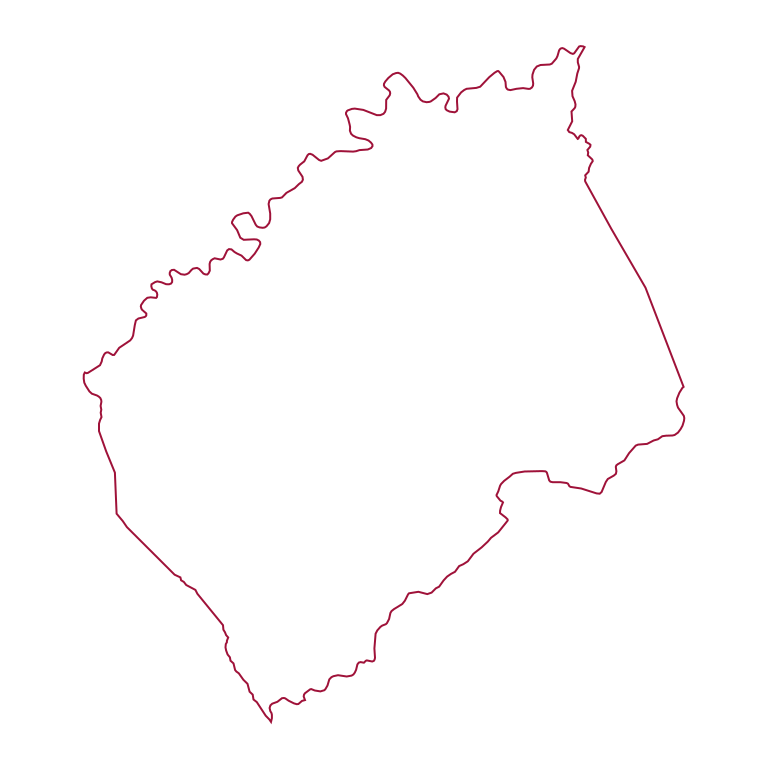 outline of Tocoa, Colón, Honduras
{"feature_id": "27666195B94157421146472", "entity_name": "Tocoa", "entity_type": "district", "adm_level": 2, "iso_a3": "HND", "parent_name": "Honduras", "parent_adm1": "Colón", "projection": "mercator", "projection_center": [-85.973, 15.578], "detail": "fine", "context": "isolated", "style": "outline", "palette": "rose", "viewbox_px": 768, "rotation_deg": 0, "n_neighbors": 0, "source": "geoboundaries", "source_scale": "gbopen_adm2", "svg_char_len": 6035}
<svg xmlns="http://www.w3.org/2000/svg" viewBox="0 0 768 768"><path d="M157.3,294.7L156.9,297.1L156.1,297.9L150.7,297.3L147.3,297.8L144.0,300.7L141.1,305.0L140.8,306.4L141.4,308.7L142.2,309.9L146.3,313.5L146.3,315.3L145.8,316.2L144.7,317.0L138.4,318.5L135.9,320.4L134.8,325.1L133.1,335.6L132.0,338.1L130.2,340.4L119.2,347.8L114.2,354.9L112.7,355.0L108.3,352.4L106.9,352.4L105.4,353.0L104.1,354.5L102.3,358.4L101.7,361.5L100.0,365.2L87.9,372.9L86.6,373.2L84.8,372.5L83.8,374.7L83.7,378.7L84.3,382.7L85.8,385.8L89.4,391.4L91.9,393.7L97.0,395.5L98.8,396.6L100.3,398.0L101.2,400.0L101.4,401.8L100.6,405.9L101.3,409.7L100.7,412.7L101.5,417.1L100.1,420.0L99.0,423.6L99.0,431.1L106.2,451.4L114.9,472.6L116.6,513.7L122.8,521.1L126.9,527.1L174.6,574.7L180.4,577.4L181.1,580.3L183.8,581.9L186.2,585.0L195.4,589.9L197.4,593.8L223.0,625.2L223.4,629.7L225.0,632.3L226.1,635.1L228.2,637.5L226.9,640.8L226.9,642.2L225.8,644.1L225.5,647.4L226.1,650.4L227.6,654.5L229.9,657.3L230.5,660.7L233.5,663.4L235.1,670.0L236.3,671.5L238.8,673.3L243.4,679.8L247.5,683.8L249.6,691.7L252.7,694.6L253.5,699.5L256.8,702.1L265.7,715.7L269.4,719.5L271.0,721.9L271.9,718.2L271.9,714.9L271.5,713.1L270.3,711.1L269.6,708.0L270.4,705.4L272.2,703.7L277.4,701.8L282.0,698.2L284.0,698.0L285.3,698.4L288.6,700.7L294.0,703.4L296.8,704.2L298.4,704.0L302.0,700.9L305.0,700.1L303.7,696.5L304.0,694.7L304.9,693.3L310.2,689.3L311.3,689.1L314.8,690.5L320.4,691.4L324.4,690.2L325.5,689.0L327.5,685.5L329.3,679.4L331.4,677.2L333.4,676.2L338.0,675.2L346.7,676.5L351.6,675.6L353.4,674.5L354.8,672.6L356.1,669.8L357.4,664.4L358.8,662.6L360.6,662.1L363.9,662.7L365.8,660.8L366.8,660.4L372.2,661.5L373.8,660.9L374.6,659.6L375.0,657.8L374.4,648.5L375.6,633.7L377.3,630.4L380.4,626.9L382.2,625.6L385.8,624.2L386.9,623.2L389.1,619.0L390.4,613.0L391.5,611.1L394.0,609.1L402.3,604.0L404.9,600.7L408.1,594.3L409.0,593.3L418.4,591.8L427.3,594.1L431.6,592.6L435.9,588.3L439.1,586.7L443.6,580.4L447.1,576.6L451.0,573.9L455.0,571.8L459.1,566.1L463.3,564.2L467.8,561.3L473.5,553.7L481.6,547.4L487.8,541.6L491.0,537.8L498.2,532.4L507.1,521.3L507.7,520.5L507.6,519.4L505.6,517.4L500.0,513.1L500.1,510.6L501.0,507.1L503.0,502.4L502.4,501.7L500.4,500.6L496.8,496.2L496.5,495.1L498.3,491.3L500.1,485.7L501.1,484.0L504.1,480.9L509.7,476.6L512.8,473.8L515.8,472.9L524.6,471.5L541.6,471.1L545.2,471.3L546.2,471.8L546.9,472.7L549.2,480.4L550.4,481.7L552.7,482.2L560.4,482.2L566.6,483.0L568.0,483.7L569.4,486.2L570.5,486.9L581.2,488.5L596.6,493.4L599.7,493.7L601.6,492.0L605.8,482.0L607.8,479.0L613.8,475.6L615.9,473.8L616.4,471.3L615.8,466.9L616.3,465.4L617.8,464.2L624.4,460.4L629.1,453.1L635.7,445.6L638.1,444.6L647.1,443.9L653.6,440.5L657.9,439.3L662.3,436.2L666.1,435.7L672.4,435.5L674.6,435.0L678.0,432.6L680.6,429.1L682.5,425.7L684.0,420.8L684.3,418.1L683.8,415.8L678.0,407.6L677.1,404.9L676.5,401.3L677.1,398.3L679.4,392.7L682.4,387.9L683.6,386.9L645.5,287.7L611.3,228.8L585.2,181.4L585.0,179.8L585.8,177.6L585.2,175.3L588.6,171.7L589.1,167.9L590.9,163.8L592.7,161.2L592.6,160.2L592.0,159.2L587.8,155.3L588.2,152.5L587.4,150.0L590.2,146.7L590.5,144.9L589.5,143.9L585.9,141.9L585.8,138.8L582.8,135.8L581.5,135.2L580.4,135.4L579.3,136.5L578.3,138.6L577.7,138.9L574.2,134.3L572.0,132.9L569.3,132.1L567.8,130.0L572.2,121.3L571.5,111.5L574.6,108.2L575.3,106.8L575.5,104.4L574.7,101.2L572.5,96.2L572.1,90.8L575.7,81.8L577.3,73.5L579.0,68.3L579.1,66.9L577.8,62.3L577.8,59.0L584.6,47.1L583.2,46.4L580.5,46.1L579.1,46.5L574.2,53.3L572.9,53.9L570.5,53.1L564.1,48.7L562.5,48.1L561.2,48.3L560.1,49.0L559.1,50.4L557.5,56.0L556.3,58.5L551.8,63.7L549.8,64.5L540.5,65.0L536.8,66.5L534.1,69.8L532.5,74.6L532.3,77.4L533.2,83.4L533.0,85.6L531.9,87.5L530.0,88.8L528.5,88.9L523.1,88.1L516.5,88.8L510.4,90.1L507.9,89.6L506.8,88.7L505.9,87.0L505.5,81.9L503.5,77.0L498.9,71.5L498.1,71.0L497.1,71.2L494.5,72.8L489.2,77.2L480.2,86.7L476.3,87.9L466.6,88.8L464.2,90.0L461.1,92.4L457.1,97.6L457.0,101.6L457.5,109.2L456.7,111.2L454.7,112.3L449.6,111.6L446.9,110.3L445.7,109.2L445.3,107.3L445.6,105.7L449.0,98.7L448.5,96.6L446.7,94.6L443.5,93.4L439.3,94.3L435.6,98.0L430.8,101.4L429.4,101.9L426.6,102.2L422.9,101.4L420.5,99.7L418.2,96.4L417.4,94.3L413.3,87.7L405.4,78.0L402.8,75.5L400.2,73.6L398.1,72.8L395.9,73.1L392.7,74.3L388.3,78.0L385.3,81.5L384.0,83.8L383.9,85.3L384.6,86.9L389.1,90.5L390.0,91.9L390.2,93.4L389.7,95.3L386.2,99.9L386.1,108.6L385.1,111.8L383.5,113.8L380.4,115.1L376.7,115.1L363.3,109.9L354.8,108.6L351.9,108.9L347.8,110.4L346.9,111.1L346.0,112.8L346.0,114.1L348.0,118.3L349.6,124.4L350.1,126.9L349.9,130.7L351.1,133.8L353.0,135.6L356.3,137.3L359.3,138.2L365.3,139.2L368.5,140.5L371.0,142.6L372.4,144.5L372.5,146.1L371.2,148.0L367.8,149.5L359.5,150.1L356.1,151.2L353.1,151.6L340.5,151.1L336.4,151.4L334.9,152.1L327.9,158.4L321.2,160.8L319.1,160.0L312.5,154.7L310.1,153.8L308.7,154.1L307.5,155.3L304.3,161.3L300.0,164.7L298.6,166.3L297.8,167.9L298.3,170.5L302.5,176.8L302.9,179.7L301.9,181.8L298.9,184.1L294.8,188.1L286.5,192.8L282.0,197.4L280.2,197.9L272.3,198.5L270.5,199.4L269.4,200.7L268.6,204.0L270.2,213.5L270.2,219.3L269.1,223.1L266.5,226.3L264.7,227.5L262.7,227.8L259.5,227.4L257.2,226.5L255.7,224.7L251.5,216.1L249.7,213.8L248.2,212.7L243.3,213.3L237.3,215.3L235.4,216.6L233.1,219.7L232.0,222.1L232.0,223.2L237.1,230.1L240.3,237.7L243.7,239.8L254.0,239.3L256.8,239.5L258.9,240.6L260.1,242.1L260.3,244.0L258.7,247.5L254.7,253.7L249.4,259.7L247.9,260.4L246.1,260.1L241.5,255.6L237.0,253.5L234.5,252.0L231.5,249.4L229.0,249.1L227.2,250.4L223.9,257.4L222.8,258.8L220.5,259.5L214.6,258.3L212.7,259.2L211.1,260.4L210.1,262.0L209.6,264.0L209.8,270.7L208.5,273.3L207.3,274.5L205.3,274.4L203.4,273.6L199.2,269.0L197.0,267.9L193.1,268.6L191.5,269.9L188.7,273.1L186.6,274.2L184.6,274.7L180.9,274.2L174.1,269.8L171.9,270.0L170.4,271.1L169.7,273.0L169.8,274.7L171.6,277.7L172.2,279.9L172.1,282.1L171.0,283.6L169.0,284.3L166.1,284.2L161.5,282.3L157.3,281.4L155.1,282.1L151.5,284.3L151.3,286.2L151.9,288.5L152.8,289.7L154.7,290.4L156.1,291.5L156.9,292.8L157.3,294.7Z" fill="none" stroke="#9f1239" stroke-width="2"/></svg>